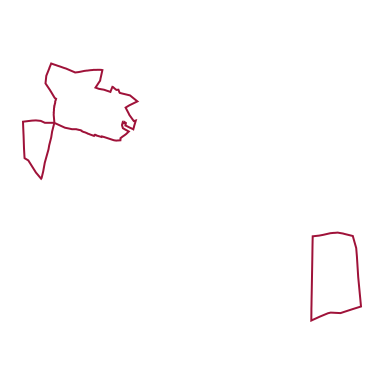 the district of Tlacolula de Matamoros, Oaxaca, Mexico
{"feature_id": "50627088B27692597890470", "entity_name": "Tlacolula de Matamoros", "entity_type": "district", "adm_level": 2, "iso_a3": "MEX", "parent_name": "Mexico", "parent_adm1": "Oaxaca", "projection": "robinson", "projection_center": [-96.437, 16.857], "detail": "fine", "context": "isolated", "style": "outline", "palette": "rose", "viewbox_px": 384, "rotation_deg": 0, "n_neighbors": 0, "source": "geoboundaries", "source_scale": "gbopen_adm2", "svg_char_len": 3202}
<svg xmlns="http://www.w3.org/2000/svg" viewBox="0 0 384 384"><path d="M137.4,101.4L130.0,95.4L122.1,93.5L119.8,92.9L119.5,92.5L118.4,89.7L116.4,89.9L114.6,88.5L114.3,88.2L112.9,87.0L112.6,87.0L112.4,86.9L111.5,89.1L110.4,91.9L108.1,91.1L106.5,90.6L105.4,90.2L103.9,89.7L102.1,89.4L101.8,89.3L101.6,89.3L101.4,89.3L101.0,89.2L99.2,88.9L98.5,88.7L95.5,87.6L96.7,85.8L97.3,84.9L98.6,82.9L100.1,80.7L100.7,77.6L100.8,77.3L102.4,70.1L101.4,69.9L100.0,69.8L98.5,69.8L93.3,69.9L92.8,70.0L90.3,70.2L87.3,70.6L86.8,70.6L84.5,70.9L84.4,70.9L80.6,71.7L78.4,72.1L75.1,72.5L74.8,72.3L71.5,70.9L65.9,68.5L64.2,68.0L62.5,67.4L60.3,66.6L57.8,65.8L56.4,65.3L55.6,65.0L54.9,64.8L51.2,63.5L49.6,67.4L49.5,67.5L49.4,68.1L46.3,75.8L45.5,83.4L50.2,90.4L50.5,91.0L50.8,91.4L54.5,97.6L54.8,98.0L56.1,98.8L55.9,99.4L55.8,99.7L55.8,99.8L55.7,99.9L55.6,100.2L55.6,100.5L55.4,100.9L55.3,101.2L55.2,101.4L55.2,101.7L55.2,102.0L55.2,102.3L55.2,102.7L55.1,102.8L55.1,103.0L55.0,103.4L55.0,103.6L54.9,103.7L54.9,103.8L54.8,104.1L54.8,104.3L54.7,104.5L54.6,104.8L54.6,105.0L54.5,105.3L54.5,105.6L54.4,105.7L54.4,105.8L54.4,106.0L54.3,106.4L54.3,106.5L54.2,106.5L54.2,107.3L54.1,107.7L54.0,108.1L54.0,108.3L54.0,108.6L54.0,109.0L53.9,109.5L54.0,110.0L53.9,110.8L53.9,111.1L53.8,111.6L53.8,112.6L53.7,112.7L53.8,113.4L53.7,114.2L53.7,114.9L53.7,115.0L54.4,122.8L44.9,122.8L40.8,120.9L35.9,120.4L32.1,120.6L23.0,121.7L23.2,127.2L23.6,136.3L24.0,148.3L24.1,150.3L24.5,157.3L24.6,158.2L28.3,160.4L35.9,172.5L41.1,178.7L41.6,178.0L43.2,171.4L44.8,162.6L48.5,149.4L49.2,145.3L51.2,137.4L51.8,133.6L52.1,131.6L54.3,123.0L54.3,122.9L56.4,123.8L60.3,125.6L63.4,127.0L64.9,127.7L69.3,128.6L72.0,129.2L75.8,129.2L76.3,129.2L76.7,129.3L76.8,129.4L77.0,129.4L77.6,129.6L78.0,129.6L78.4,129.8L78.6,129.8L79.0,129.9L79.7,130.0L80.2,130.1L80.8,130.3L81.5,130.6L81.6,131.0L82.5,131.5L83.0,131.7L84.0,132.1L84.6,132.2L87.1,133.2L87.3,133.4L87.6,133.6L88.4,133.8L89.9,134.4L90.1,134.5L91.8,135.1L94.0,135.9L94.6,134.9L96.2,135.4L96.2,135.2L96.8,135.5L97.0,135.7L97.3,135.8L97.6,135.8L98.8,136.2L99.6,136.4L101.6,137.0L101.9,136.4L102.5,136.6L104.0,137.0L110.1,139.0L110.7,139.2L113.4,140.1L114.2,140.3L115.5,140.5L116.4,140.6L117.3,140.5L119.1,140.4L120.4,140.3L120.5,139.2L120.5,138.2L122.4,136.7L124.6,135.2L126.2,134.0L128.8,131.5L124.8,129.3L122.9,128.2L122.1,125.6L122.0,125.0L122.7,122.4L123.4,123.2L123.8,123.3L124.3,123.0L124.4,122.0L125.9,123.0L125.4,125.5L126.6,126.0L129.5,127.5L131.2,128.3L131.3,128.3L131.6,128.5L131.8,128.6L132.6,128.9L133.3,129.3L133.6,128.1L133.7,127.8L133.8,127.5L133.9,127.2L134.0,126.8L134.1,126.3L134.1,126.2L134.4,125.2L135.8,120.5L133.8,121.1L129.4,115.0L128.7,113.5L125.6,107.6L129.4,105.3L137.4,101.4ZM361.0,306.5L358.2,277.0L356.9,256.4L356.2,248.0L354.6,242.4L352.8,236.0L350.0,235.3L344.7,234.0L342.9,233.5L339.3,232.9L338.3,232.7L337.4,232.6L335.5,232.8L333.5,232.9L330.4,233.2L323.4,234.8L319.2,235.6L312.7,236.3L312.5,245.9L312.3,259.3L312.1,270.7L312.0,276.4L311.7,293.1L311.6,297.9L311.5,304.5L311.4,308.9L311.4,312.5L311.3,320.5L315.3,318.7L319.9,316.6L327.1,313.6L328.1,313.2L330.7,312.6L334.6,312.8L340.5,313.1L344.4,311.8L353.0,309.0L361.0,306.5Z" fill="none" stroke="#9f1239" stroke-width="2"/></svg>